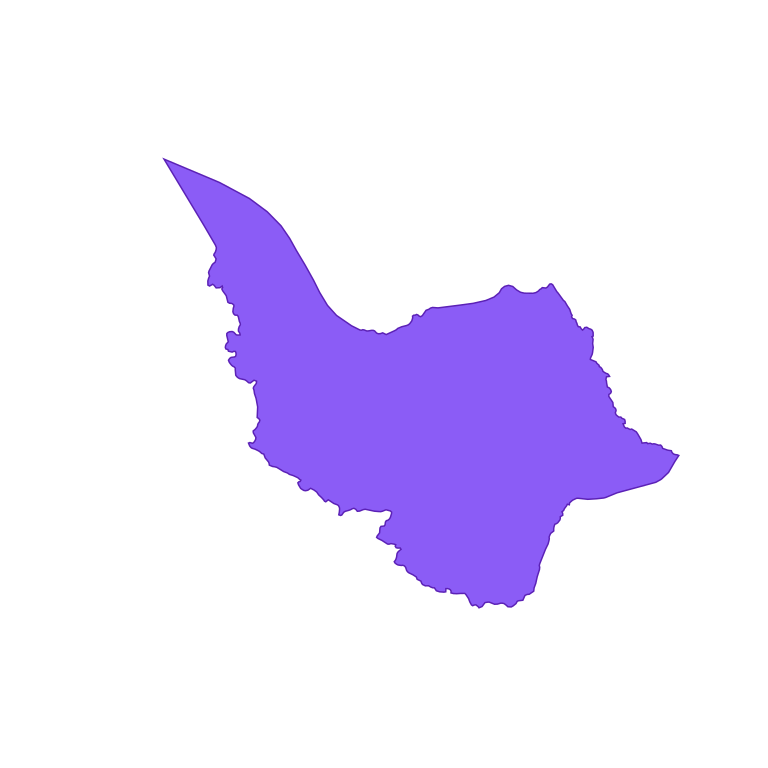 the district of Nyakach, Nyanza, Kenya, rotated 26°
{"feature_id": "3690345B60685501176062", "entity_name": "Nyakach", "entity_type": "district", "adm_level": 2, "iso_a3": "KEN", "parent_name": "Kenya", "parent_adm1": "Nyanza", "projection": "mercator", "projection_center": [34.915, -0.319], "detail": "fine", "context": "isolated", "style": "filled", "palette": "violet", "viewbox_px": 768, "rotation_deg": 26, "n_neighbors": 0, "source": "geoboundaries", "source_scale": "gbopen_adm2", "svg_char_len": 6169}
<svg xmlns="http://www.w3.org/2000/svg" viewBox="0 0 768 768"><g transform="rotate(26 384 384)"><path d="M609.4,504.6L608.3,501.5L607.8,496.7L606.2,490.1L605.1,482.7L604.3,480.5L603.1,479.0L602.8,477.5L601.6,461.8L601.6,455.8L600.9,452.3L600.4,450.6L599.5,449.2L599.3,447.3L599.3,445.2L601.0,441.7L600.0,439.8L599.4,437.9L599.0,435.2L600.3,433.8L601.0,432.5L601.7,429.1L601.4,427.6L600.6,426.0L602.2,423.6L601.2,421.8L600.0,420.9L600.9,418.9L600.8,417.0L601.5,413.4L601.5,411.7L603.5,411.3L602.9,409.4L604.4,405.8L607.0,402.5L608.3,401.7L617.7,398.3L625.3,394.0L631.5,390.1L633.0,388.8L641.1,379.7L671.4,353.2L674.5,348.8L675.2,347.5L678.5,338.8L679.4,326.2L680.3,319.0L678.6,319.1L676.6,319.8L674.8,320.0L672.9,319.3L671.5,318.0L668.0,319.1L662.7,319.7L661.2,318.3L659.4,317.6L657.7,318.6L654.2,319.0L652.8,319.4L651.4,320.4L649.3,320.5L647.1,322.0L645.8,321.5L641.8,324.0L639.3,321.3L633.5,317.4L631.7,316.4L626.4,315.9L625.1,317.0L621.9,316.9L620.7,317.7L618.8,317.2L616.3,314.9L618.0,313.7L617.0,311.7L615.8,310.4L612.7,310.5L611.4,309.9L609.5,310.8L606.5,310.1L605.4,309.4L604.5,308.3L604.3,306.3L603.4,305.0L601.9,304.2L600.0,303.9L597.8,300.3L591.5,296.6L590.7,294.8L591.7,293.1L591.7,291.3L590.6,290.0L589.3,289.2L587.9,288.7L586.1,288.8L583.7,285.6L582.6,283.8L581.5,282.7L580.8,280.0L583.4,278.3L582.1,277.4L580.6,276.8L578.7,277.1L575.3,276.7L574.4,275.7L573.0,274.7L571.4,274.0L569.9,274.0L569.1,272.9L566.2,272.1L564.8,271.1L558.7,271.5L558.2,270.1L558.1,266.2L557.7,264.4L556.0,259.4L553.8,256.2L552.4,252.3L551.4,251.2L550.2,250.3L551.0,249.2L549.3,245.9L547.5,244.4L545.8,244.1L544.1,244.4L541.4,244.1L539.7,245.3L539.4,247.2L538.8,248.5L537.0,247.9L535.3,246.7L533.5,247.3L531.9,246.2L530.8,244.9L529.4,243.8L528.3,242.4L526.8,242.1L524.7,242.5L523.1,241.3L523.0,239.8L521.5,238.9L518.2,235.5L514.4,233.3L510.4,230.6L508.6,230.2L500.5,225.9L498.8,225.2L492.0,220.8L490.3,220.7L489.1,221.6L488.4,225.2L487.4,226.8L484.0,228.0L483.4,229.7L482.5,230.9L482.1,232.6L480.5,235.2L478.2,237.1L470.4,240.8L466.5,241.7L461.9,241.3L457.0,239.9L452.7,240.7L449.6,243.4L447.9,246.9L447.6,251.4L444.8,257.6L438.9,264.3L428.8,272.4L417.1,280.2L399.2,291.9L394.1,293.9L392.5,295.4L391.6,297.1L389.5,299.3L388.5,305.7L387.5,307.4L385.9,307.6L384.4,307.1L382.8,307.2L382.0,308.3L380.5,309.2L379.9,310.5L380.8,312.0L381.3,315.1L380.7,318.4L380.0,320.0L378.7,321.5L374.8,324.8L372.0,328.0L371.3,329.8L370.2,331.4L364.3,338.6L360.4,338.6L358.7,340.3L356.9,341.3L355.1,341.5L352.3,340.4L350.8,340.5L349.3,341.2L346.9,343.0L345.3,343.9L342.5,344.1L341.1,344.5L340.2,345.5L338.8,346.0L329.3,345.9L311.3,343.2L298.7,338.1L286.0,329.9L275.3,321.7L260.8,311.6L246.7,302.4L235.4,294.5L222.2,287.0L203.6,280.4L181.9,276.3L147.8,275.0L87.7,278.3L152.8,320.5L171.5,333.0L173.5,334.8L174.2,336.7L174.4,338.1L174.6,339.7L174.3,341.3L174.5,342.8L178.2,345.1L178.6,346.9L178.8,348.8L177.8,350.4L177.3,352.2L177.2,358.9L177.5,360.8L179.9,363.5L180.0,365.9L180.5,368.6L182.4,372.3L184.3,372.4L186.3,369.5L187.9,369.7L191.0,371.2L194.4,369.3L195.6,366.9L196.7,368.1L196.6,369.7L198.1,370.9L203.5,373.8L207.9,379.0L209.9,379.1L211.2,378.5L212.5,378.3L214.5,378.9L215.1,380.2L215.3,381.9L216.5,385.3L218.0,386.8L219.9,387.4L222.0,386.5L223.4,387.2L226.7,391.3L228.1,392.4L228.9,393.7L228.7,396.0L229.1,398.4L230.0,400.3L232.1,401.5L233.2,402.9L231.4,404.0L229.7,404.6L226.2,403.3L224.5,403.4L222.3,404.7L221.1,406.1L220.6,407.5L221.4,409.3L225.5,414.3L224.7,417.2L224.8,418.9L225.3,420.6L226.4,421.8L228.6,421.5L229.8,422.7L233.5,421.9L234.7,420.5L236.2,419.9L237.3,420.9L238.2,422.5L238.5,424.2L237.7,425.3L234.9,427.1L234.1,428.6L233.8,430.8L235.4,432.3L236.9,433.1L238.9,434.0L240.3,434.3L241.9,434.3L243.5,435.0L244.0,436.3L246.9,441.1L248.4,441.9L249.8,442.3L251.7,442.5L257.0,441.2L258.9,441.4L261.8,442.2L263.4,441.7L265.5,437.6L268.2,437.3L269.0,439.4L268.2,443.3L268.3,445.0L269.9,446.6L271.8,449.4L275.4,453.1L280.5,460.0L284.7,469.7L286.6,470.0L288.3,470.9L288.6,473.0L288.2,474.5L288.3,475.9L288.8,477.5L288.6,479.1L288.1,481.2L287.0,483.6L288.0,485.2L292.3,488.2L292.9,489.9L292.9,491.7L292.6,493.5L291.9,494.9L289.1,495.4L288.1,496.5L290.5,498.6L292.2,499.4L293.5,499.6L296.7,499.1L300.0,499.1L301.7,499.2L304.6,500.0L306.7,499.7L309.6,502.5L314.4,504.7L315.6,505.8L316.5,507.2L320.0,507.0L322.1,506.3L324.2,505.9L332.2,506.7L336.3,506.3L338.5,506.7L342.5,506.1L346.8,506.0L348.2,506.1L349.9,506.7L351.4,506.8L351.4,508.3L350.3,509.3L349.9,510.6L351.4,512.1L354.9,514.4L357.0,514.7L358.7,514.8L360.3,514.3L362.1,512.9L363.8,509.9L367.7,510.0L370.9,510.6L373.9,512.3L377.6,513.4L380.6,514.6L381.9,515.4L383.3,515.4L384.7,512.5L391.3,513.4L395.3,513.0L396.6,513.4L398.1,514.6L398.9,515.8L400.1,519.0L400.7,521.4L402.6,521.2L403.5,520.2L404.0,517.0L405.0,515.4L407.5,513.2L409.0,511.7L410.2,510.0L411.5,508.9L413.6,509.0L415.8,510.1L417.8,508.9L420.4,506.0L422.0,504.8L431.2,502.5L435.6,500.8L437.1,500.1L438.4,499.0L440.9,496.2L445.3,495.3L447.0,495.8L447.6,497.3L448.2,501.1L448.0,503.1L447.2,504.8L446.0,505.8L445.8,507.5L446.7,510.1L446.4,511.6L443.7,513.3L443.5,515.1L445.3,519.8L444.5,523.6L444.6,525.1L446.3,525.5L450.7,525.5L457.3,526.3L458.7,525.8L460.2,524.4L463.7,523.4L465.0,523.3L465.2,524.9L466.7,525.8L468.4,525.4L470.4,524.3L471.8,525.1L470.4,528.2L470.1,529.4L470.1,530.8L471.2,534.1L471.5,536.1L471.5,537.6L471.1,539.2L472.4,540.1L474.4,540.5L476.0,540.5L479.1,539.5L480.3,538.7L482.0,538.5L483.8,539.3L486.1,541.7L487.4,542.4L488.8,542.8L493.8,542.8L497.7,543.3L499.4,545.0L503.6,545.0L505.0,546.4L506.5,547.3L509.6,547.3L512.5,545.8L515.2,546.0L517.1,545.8L518.7,545.1L521.7,546.9L525.1,546.4L529.1,544.8L530.6,543.7L529.3,540.8L530.6,540.1L532.4,539.7L533.9,539.9L535.1,540.8L535.8,542.4L538.3,541.9L541.3,540.6L544.6,538.7L548.4,536.8L549.9,537.3L554.1,539.8L556.6,542.2L559.4,544.2L560.9,544.4L562.0,543.1L563.4,542.2L566.2,542.8L567.5,543.5L569.7,541.0L570.6,536.2L573.0,534.5L574.3,533.9L579.9,533.5L582.6,532.0L585.0,529.8L586.6,529.1L588.2,528.7L590.7,529.2L593.0,529.9L596.1,528.6L597.3,526.9L598.9,523.5L599.0,520.9L600.0,519.8L603.6,517.5L603.4,512.2L604.9,510.4L606.7,509.3L609.4,504.6Z" fill="#8b5cf6" stroke="#5b21b6" stroke-width="1.5"/></g></svg>